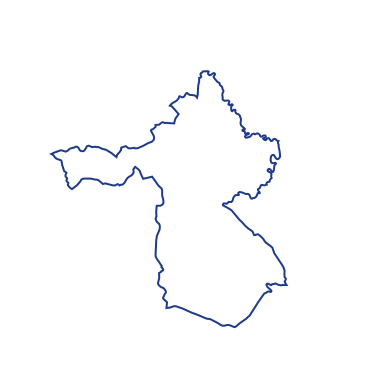 Bao Loc, Lâm Đồng, Vietnam, rotated 310°
{"feature_id": "81297802B17535514855325", "entity_name": "Bao Loc", "entity_type": "district", "adm_level": 2, "iso_a3": "VNM", "parent_name": "Vietnam", "parent_adm1": "Lâm Đồng", "projection": "robinson", "projection_center": [107.813, 11.546], "detail": "fine", "context": "isolated", "style": "outline", "palette": "blue", "viewbox_px": 384, "rotation_deg": 310, "n_neighbors": 0, "source": "geoboundaries", "source_scale": "gbopen_adm2", "svg_char_len": 6086}
<svg xmlns="http://www.w3.org/2000/svg" viewBox="0 0 384 384"><g transform="rotate(310 192 192)"><path d="M86.7,247.0L89.4,249.5L92.2,251.1L93.5,252.1L94.6,254.2L96.7,259.8L99.3,269.1L101.3,274.6L104.4,284.7L106.1,287.2L106.5,288.3L108.1,295.5L108.6,299.3L109.2,301.4L110.5,302.8L113.3,304.9L114.5,307.3L115.2,309.8L116.1,311.8L118.4,312.4L122.0,312.9L129.8,315.0L132.3,315.2L134.2,315.6L150.3,313.5L159.2,312.7L160.8,312.7L162.5,313.6L164.1,313.9L165.2,314.8L166.0,316.6L166.7,316.7L167.3,316.4L167.6,315.5L167.7,311.1L168.7,308.7L169.6,308.4L170.1,308.6L170.7,309.2L171.4,312.4L171.7,312.6L173.0,312.7L174.1,313.9L175.5,314.6L176.4,317.7L177.6,320.0L178.0,320.5L179.3,321.3L179.9,322.5L180.6,323.0L181.5,324.2L182.7,320.9L183.0,320.5L185.1,320.1L185.9,319.7L186.5,317.5L188.5,315.6L191.0,313.7L192.1,312.3L193.3,310.0L194.0,308.0L198.0,294.3L201.0,289.4L201.1,287.5L200.7,281.3L201.1,279.0L201.8,276.9L202.1,275.0L202.2,270.6L202.0,269.7L200.5,268.5L199.5,268.1L198.9,267.3L200.7,263.6L200.2,257.8L200.4,253.9L201.1,249.5L201.2,246.2L203.4,234.1L203.2,231.9L201.7,224.3L202.8,223.6L203.8,223.7L205.4,226.2L208.0,226.5L209.5,228.4L209.9,228.7L212.1,228.4L213.6,227.6L215.2,227.2L217.5,227.3L219.7,229.7L220.1,229.5L220.6,228.4L221.0,228.1L222.0,228.2L222.6,228.5L223.7,230.3L225.2,234.8L226.4,235.9L226.7,236.4L226.7,237.8L225.2,240.5L225.1,241.4L225.4,242.3L226.5,242.6L227.5,243.6L229.1,244.1L230.8,244.0L233.4,243.1L234.0,243.4L234.2,244.2L234.6,244.6L235.2,244.1L235.6,241.8L236.3,240.9L236.7,240.8L238.6,241.4L240.9,240.6L241.9,240.6L242.3,241.0L243.7,243.3L245.7,244.5L246.1,243.7L247.0,243.3L248.1,243.5L249.7,244.7L251.4,243.9L253.9,244.0L254.9,242.4L256.9,241.4L257.3,239.8L256.7,236.8L257.0,236.3L257.7,235.7L258.7,235.9L259.5,236.5L259.6,237.5L259.1,240.2L259.2,240.9L259.8,241.2L261.3,240.7L265.2,238.1L267.7,238.1L267.9,237.7L267.8,237.0L266.5,236.0L265.7,234.8L265.6,233.9L265.8,233.3L266.9,231.8L268.5,230.6L270.0,229.8L271.0,229.6L272.1,229.9L272.9,230.9L272.8,231.6L271.8,234.4L271.8,235.5L272.0,236.2L272.9,236.9L275.0,237.0L276.2,236.3L277.9,234.7L279.9,232.5L281.3,230.6L282.9,228.7L283.7,228.2L284.8,226.4L285.9,225.5L286.6,225.5L286.0,223.7L286.2,222.1L285.6,220.9L284.7,220.4L282.6,220.5L281.9,219.8L282.2,218.0L282.6,217.0L282.5,216.0L281.5,215.3L279.3,215.2L278.6,214.2L278.5,213.0L278.7,212.2L279.3,212.2L280.4,213.1L281.2,213.3L281.9,212.9L282.2,212.4L282.3,211.8L281.9,211.1L281.2,210.5L280.4,210.1L279.3,209.9L278.7,209.3L278.6,208.8L279.3,207.0L279.4,205.7L279.1,204.7L278.5,204.0L276.8,203.3L276.3,201.8L275.6,201.2L274.7,200.9L272.2,201.0L271.2,200.6L269.2,199.3L268.4,198.6L268.2,197.9L268.6,196.9L269.5,196.7L270.9,197.0L272.5,198.1L273.3,198.1L273.5,197.8L273.1,196.8L271.3,196.1L271.0,195.7L271.0,195.0L272.3,193.4L272.2,192.8L271.6,192.1L271.4,191.3L271.8,190.8L272.3,190.8L273.6,191.8L274.1,192.0L274.4,191.8L274.5,187.4L274.9,186.2L275.9,185.0L279.2,182.8L279.9,181.9L280.5,180.5L281.3,179.4L281.4,177.7L280.8,176.0L280.7,174.9L281.4,173.5L282.5,172.8L282.7,172.2L281.8,171.1L279.9,171.0L279.6,170.6L279.7,170.0L280.4,169.0L282.0,167.5L283.2,167.1L284.8,167.2L284.9,166.2L282.7,164.9L282.5,163.7L283.0,163.3L284.3,163.0L285.1,162.5L285.5,161.7L285.3,160.9L282.8,158.2L282.5,157.0L282.6,156.0L284.6,154.3L285.5,153.1L287.7,151.7L288.9,151.5L289.8,151.0L290.4,149.5L291.9,147.3L291.9,144.9L293.1,142.9L292.7,140.6L293.6,135.5L294.3,134.3L296.8,134.1L297.2,133.7L297.3,133.1L297.3,132.5L296.8,132.0L293.5,131.0L292.7,130.2L292.6,129.4L292.8,128.5L293.2,128.0L294.9,127.4L294.9,126.7L291.4,122.9L289.7,122.9L289.0,122.5L288.3,122.5L287.4,123.0L286.3,125.0L285.2,125.1L284.1,124.1L281.4,126.3L277.2,128.6L270.2,133.8L267.5,135.2L267.9,133.2L267.5,131.6L264.8,127.5L264.6,124.5L264.3,124.2L263.1,124.1L261.0,124.6L259.3,124.5L258.1,123.5L257.7,121.6L257.1,120.8L255.0,121.6L253.0,121.6L251.0,121.2L247.5,119.9L244.7,119.5L243.9,119.6L244.5,120.9L244.5,122.7L243.1,131.7L237.7,132.1L235.0,133.2L233.1,134.3L230.3,130.6L229.0,128.5L227.3,126.7L226.6,124.6L225.3,124.0L222.6,123.6L219.8,121.0L219.0,121.9L218.0,122.2L215.0,121.7L213.7,120.9L212.9,120.9L212.4,121.5L210.6,126.2L210.0,127.1L209.2,128.1L207.3,129.2L204.6,128.9L201.1,126.9L196.1,125.0L190.6,122.2L189.0,120.6L188.6,119.2L185.8,116.8L184.7,115.2L184.6,112.1L184.3,111.6L180.5,109.3L178.9,110.4L178.1,110.7L175.5,110.9L172.4,110.7L170.2,111.7L170.0,104.9L169.1,99.0L167.4,95.6L166.4,91.8L165.9,90.9L165.0,90.0L164.2,88.4L162.6,87.1L162.1,86.3L161.0,83.0L159.9,82.3L159.3,82.2L154.8,82.9L154.1,82.8L153.3,82.4L152.1,80.8L151.9,79.9L152.0,79.0L152.9,76.4L152.8,75.0L152.1,73.9L150.1,73.0L146.9,70.7L143.3,70.1L142.3,69.6L141.7,69.2L140.2,65.6L139.4,64.5L133.5,61.1L130.7,59.8L131.1,61.5L131.0,62.9L130.5,64.2L130.4,66.5L130.6,67.6L131.9,70.6L132.0,71.5L131.8,72.2L129.3,75.1L126.1,80.2L125.8,80.9L126.1,82.3L125.9,83.6L123.6,84.2L122.9,84.8L122.5,85.5L122.2,87.5L121.9,87.8L120.3,88.3L119.9,88.6L119.7,89.1L119.5,91.4L118.1,92.0L117.4,92.7L116.8,96.1L117.1,98.2L123.4,99.6L128.3,99.6L130.8,99.3L131.8,99.8L132.7,100.5L137.1,105.7L139.2,109.7L140.3,111.2L140.7,112.1L140.9,113.3L140.9,118.7L142.2,119.5L143.0,120.3L146.1,126.9L146.9,128.1L148.1,129.1L150.0,129.8L150.4,130.3L150.5,132.3L151.8,132.8L152.9,134.0L155.5,134.4L159.3,133.7L161.4,133.6L162.9,133.9L165.7,134.9L167.7,135.1L168.8,134.9L169.9,134.4L171.6,132.5L174.7,132.3L174.9,136.0L174.7,138.0L174.1,139.3L173.1,140.8L170.7,146.1L178.1,151.6L175.3,162.3L175.1,166.3L174.3,167.9L170.1,171.4L167.9,174.6L166.3,176.3L164.9,177.3L163.3,177.4L162.3,177.1L161.3,176.7L158.8,173.9L158.3,174.1L153.2,177.8L150.6,180.4L150.1,180.4L149.2,180.9L148.5,181.1L147.6,182.0L146.6,184.1L146.4,187.4L145.6,188.8L144.5,189.9L142.4,191.3L135.7,193.4L132.2,195.5L120.4,204.5L119.1,205.8L118.5,207.1L115.8,216.5L114.8,216.8L114.6,218.7L114.2,219.6L113.6,220.2L113.1,220.2L111.8,219.4L110.8,219.6L108.7,218.9L105.2,222.1L100.2,224.6L99.4,226.1L99.2,227.8L99.3,229.7L100.1,231.7L99.6,234.8L99.3,235.4L98.6,236.3L98.0,236.6L95.7,236.8L94.6,237.3L92.4,237.8L91.7,238.7L91.6,243.1L91.4,243.8L86.7,247.0Z" fill="none" stroke="#1e3a8a" stroke-width="2"/></g></svg>